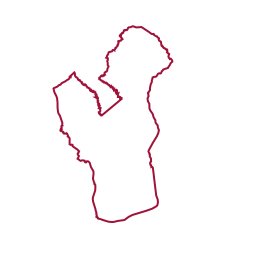 Kaev Seima, Môndól Kiri, Cambodia (orthographic projection), rotated 230°
{"feature_id": "14789045B63599255468551", "entity_name": "Kaev Seima", "entity_type": "district", "adm_level": 2, "iso_a3": "KHM", "parent_name": "Cambodia", "parent_adm1": "Môndól Kiri", "projection": "orthographic", "projection_center": [106.845, 12.41], "detail": "fine", "context": "isolated", "style": "outline", "palette": "rose", "viewbox_px": 256, "rotation_deg": 230, "n_neighbors": 0, "source": "geoboundaries", "source_scale": "gbopen_adm2", "svg_char_len": 5992}
<svg xmlns="http://www.w3.org/2000/svg" viewBox="0 0 256 256"><g transform="rotate(230 128 128)"><path d="M63.1,60.9L60.1,65.6L59.8,66.5L59.5,71.4L58.5,75.6L52.8,88.9L50.7,94.5L49.8,99.4L49.9,100.5L50.4,101.5L52.2,103.5L54.4,104.9L58.3,106.3L81.4,121.4L82.4,121.6L83.3,121.3L83.3,120.9L83.9,121.3L84.6,121.4L84.8,121.8L85.4,121.5L86.3,122.0L86.7,122.2L87.1,122.5L87.5,123.5L87.4,123.9L87.9,124.5L90.0,126.0L92.3,126.4L93.6,127.7L94.2,127.6L94.8,128.2L95.8,128.2L97.0,128.7L97.4,129.2L100.6,137.3L103.1,144.8L104.7,148.0L106.5,150.3L109.2,151.2L110.9,152.4L114.0,152.5L114.8,152.8L116.5,154.0L119.4,154.4L123.1,156.0L126.9,156.3L129.0,156.9L132.9,159.9L135.8,160.5L136.7,161.1L138.1,162.0L139.2,164.3L140.2,164.7L140.9,165.5L141.7,165.5L142.2,166.1L142.3,167.5L143.1,169.4L144.4,170.4L146.8,173.4L147.9,175.8L149.0,176.7L150.2,178.6L150.9,179.3L150.5,180.7L149.5,182.1L149.3,183.1L150.2,185.7L149.9,187.1L149.1,187.6L148.8,188.6L149.8,190.4L149.7,191.2L150.1,192.5L149.1,195.4L148.3,197.1L148.9,198.6L149.2,200.1L149.9,201.5L150.3,202.7L150.3,204.6L151.5,205.3L153.1,205.3L153.6,205.3L153.9,204.4L154.5,204.6L155.1,204.4L155.8,204.5L156.9,205.0L157.2,205.7L157.8,206.1L158.0,206.8L158.2,207.1L160.2,206.6L160.6,206.8L160.9,206.6L161.3,207.3L161.8,207.4L162.1,207.6L162.0,207.8L162.9,208.4L163.6,207.7L163.8,207.9L164.2,207.8L164.4,207.4L165.3,207.5L166.1,207.1L166.3,206.8L167.4,206.8L167.9,207.1L168.7,206.7L168.8,207.0L169.6,207.1L169.8,206.8L170.2,206.9L172.6,208.5L173.3,208.6L174.7,208.0L175.9,208.3L176.8,209.4L178.4,208.9L179.4,209.1L180.6,208.4L182.3,207.8L183.6,208.1L184.1,207.2L185.0,206.5L187.7,205.9L196.7,203.2L199.7,199.0L202.8,197.2L203.8,194.3L204.6,193.3L204.6,192.1L204.0,191.3L203.7,190.4L204.3,189.1L204.7,189.2L205.0,188.8L205.4,187.6L204.8,187.1L204.5,186.1L204.0,185.5L204.5,184.9L204.6,184.4L204.1,183.9L204.4,182.9L203.9,182.5L204.3,182.0L203.8,180.8L203.1,180.8L202.5,181.3L201.7,180.8L200.2,181.1L199.5,180.8L199.9,179.6L199.5,178.7L200.8,176.4L200.5,176.0L199.4,175.8L199.2,175.1L198.2,174.0L198.4,173.4L197.5,172.5L197.6,171.7L197.1,170.6L197.1,170.2L197.4,170.2L197.5,169.9L196.7,168.9L196.8,168.0L196.2,167.5L196.7,167.3L197.5,166.3L197.0,165.2L197.6,163.6L198.3,162.6L198.4,161.9L197.1,159.8L196.9,158.6L196.1,157.4L195.8,156.5L194.6,157.4L194.2,157.2L193.1,156.3L193.2,156.0L192.6,155.1L191.0,154.4L189.1,152.8L187.9,152.8L187.5,152.5L186.8,150.6L185.3,148.9L185.0,147.7L185.4,147.2L185.4,145.7L184.5,144.8L183.7,144.6L184.1,144.0L183.8,143.7L184.2,143.5L183.8,142.7L183.9,141.9L184.3,141.7L184.7,142.0L185.0,141.9L184.9,141.3L185.2,140.8L184.8,139.5L185.0,138.3L184.1,137.5L183.8,137.8L183.5,137.6L183.0,138.0L182.6,137.8L181.8,137.9L181.1,138.5L179.9,138.2L179.6,138.5L179.7,138.8L179.5,139.2L178.8,139.3L178.1,138.9L177.7,139.4L177.0,139.7L177.0,140.3L176.8,140.4L175.8,140.0L175.6,140.2L175.6,140.7L174.7,140.8L173.4,140.6L172.9,141.3L171.5,140.9L171.1,141.4L171.0,142.2L170.3,141.9L169.9,141.2L169.5,141.6L169.2,142.6L168.3,142.3L168.3,142.0L167.8,141.8L167.7,142.4L167.2,142.4L167.1,142.6L166.6,142.0L166.3,141.9L166.3,141.6L165.7,141.3L165.4,142.4L164.4,142.8L164.8,143.6L164.3,143.8L163.8,143.8L163.0,143.1L163.7,142.7L163.3,142.3L163.4,141.7L162.5,141.4L162.5,142.0L162.0,142.3L161.7,141.5L161.4,141.5L161.1,141.9L161.1,141.2L160.9,141.2L160.7,141.3L160.8,141.4L160.4,141.4L160.4,141.9L160.2,141.6L159.0,141.3L158.5,140.5L158.2,140.8L158.0,140.5L157.0,141.7L156.8,141.7L156.9,141.2L156.5,141.2L156.4,141.4L156.1,141.2L156.1,142.0L155.9,142.0L155.6,141.7L155.2,142.1L154.8,141.2L154.4,141.4L154.5,116.1L154.9,116.1L155.3,115.8L155.5,115.9L155.6,115.7L155.2,115.6L155.3,115.3L155.8,115.3L156.7,115.7L157.0,115.6L157.1,115.2L158.2,115.3L158.9,115.8L158.4,116.7L158.6,117.4L159.3,118.1L160.3,118.5L160.6,119.2L161.1,118.7L161.7,118.5L161.5,119.7L162.7,119.4L163.3,119.6L163.3,120.7L163.9,120.9L164.5,120.1L165.2,121.3L165.8,120.7L166.5,121.5L167.5,121.4L167.8,121.9L167.9,122.6L169.1,122.6L169.7,123.8L170.5,124.4L171.1,124.4L171.0,123.6L171.3,123.2L172.4,122.8L171.9,123.6L172.4,124.5L173.3,125.1L173.5,124.9L173.3,124.2L174.3,124.8L174.6,124.6L174.8,124.9L174.8,125.4L175.8,125.4L176.4,125.9L176.8,125.2L177.5,125.6L177.7,125.1L177.6,124.7L178.0,124.3L178.4,125.0L178.7,125.1L178.8,124.7L179.2,124.6L179.6,123.6L180.4,123.1L180.7,123.2L180.7,124.2L180.9,124.4L181.5,124.3L181.9,123.4L183.3,124.0L183.8,123.5L184.4,123.5L185.2,122.8L185.9,123.2L186.4,123.1L188.2,123.4L189.0,123.2L188.5,122.4L189.0,122.0L189.8,121.5L190.6,121.8L191.6,121.3L192.1,121.4L192.1,122.0L192.6,122.2L193.2,121.8L194.1,121.7L194.4,121.5L194.8,121.5L195.4,121.9L195.8,121.7L195.9,121.3L196.8,120.8L197.2,120.9L197.3,121.2L197.8,121.1L199.0,121.4L200.3,120.9L201.8,120.9L204.2,122.5L205.1,122.6L204.8,117.4L204.0,117.1L203.8,116.8L204.7,116.5L204.8,116.3L203.8,115.1L203.5,113.9L203.9,112.4L204.1,109.7L205.0,105.9L204.6,104.2L204.7,103.7L205.2,103.0L205.1,100.5L206.2,96.8L206.0,96.2L202.7,94.6L198.4,93.6L196.4,92.8L193.1,90.6L188.7,87.0L185.4,84.8L183.8,84.1L181.1,83.7L174.1,81.0L172.7,79.6L172.0,79.4L172.3,78.3L171.5,77.5L170.8,77.4L170.6,77.1L170.6,76.4L169.9,76.4L170.1,75.8L169.6,75.3L169.8,74.8L169.6,74.6L168.6,74.6L167.8,75.6L167.1,75.6L166.5,75.9L166.0,75.8L165.9,75.3L165.0,75.3L163.6,76.7L163.6,77.5L162.8,77.7L160.7,77.1L160.2,76.3L159.0,76.8L157.4,76.5L153.1,72.8L151.8,73.3L151.5,74.2L150.9,74.6L150.5,74.6L149.7,73.9L148.6,74.1L143.6,75.5L142.3,75.3L141.7,75.6L140.8,74.1L140.9,73.5L140.6,72.8L139.4,72.4L138.1,72.4L136.8,69.6L135.9,70.0L134.3,70.2L133.2,70.7L132.6,72.3L130.8,73.8L129.7,73.1L128.9,73.4L128.6,73.9L128.9,75.2L128.2,75.9L127.6,76.2L126.0,76.3L121.8,74.5L117.1,73.7L115.2,72.3L111.7,68.6L108.6,67.2L107.8,67.1L107.0,66.4L106.8,66.6L106.3,66.3L105.5,66.4L103.3,64.7L101.2,62.7L97.4,56.5L96.3,55.4L93.9,53.9L86.7,50.9L85.0,49.9L83.6,49.5L82.9,49.0L82.8,48.6L80.7,47.7L80.8,47.3L80.2,46.6L79.4,47.0L78.7,46.9L78.6,47.2L77.8,46.9L75.9,48.4L74.5,49.1L69.1,52.6L67.6,53.9L65.5,56.2L63.1,60.9Z" fill="none" stroke="#9f1239" stroke-width="2"/></g></svg>